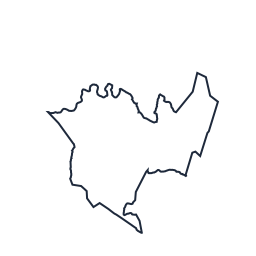 the district of San Juan Quiahije, Oaxaca, Mexico, rotated 303°
{"feature_id": "50627088B53386333601556", "entity_name": "San Juan Quiahije", "entity_type": "district", "adm_level": 2, "iso_a3": "MEX", "parent_name": "Mexico", "parent_adm1": "Oaxaca", "projection": "mercator", "projection_center": [-97.349, 16.355], "detail": "fine", "context": "isolated", "style": "outline", "palette": "slate", "viewbox_px": 256, "rotation_deg": 303, "n_neighbors": 0, "source": "geoboundaries", "source_scale": "gbopen_adm2", "svg_char_len": 5866}
<svg xmlns="http://www.w3.org/2000/svg" viewBox="0 0 256 256"><g transform="rotate(303 128 128)"><path d="M155.5,100.3L155.2,100.9L154.7,101.2L153.4,101.5L151.8,102.0L150.0,101.9L149.1,101.8L147.7,101.6L147.3,101.4L146.6,100.5L146.5,99.4L146.8,98.1L147.1,96.8L149.2,95.2L149.3,94.8L149.6,94.7L150.4,93.1L150.9,92.7L152.7,92.9L154.6,91.9L155.2,91.5L154.9,88.3L154.1,87.4L153.2,87.4L152.3,87.7L151.1,87.3L149.6,87.3L148.2,87.5L147.2,88.6L147.4,89.5L147.3,90.0L146.9,90.7L144.4,92.8L144.1,92.9L143.7,92.9L143.3,92.3L140.9,91.4L140.2,90.6L140.1,89.8L140.1,88.9L140.0,88.4L140.0,88.1L139.6,87.1L139.6,85.8L139.5,85.4L139.8,84.1L140.3,83.8L141.0,82.7L142.0,82.0L143.9,81.5L144.6,81.2L145.6,80.8L146.2,80.2L146.6,79.4L146.8,77.6L146.3,77.1L146.1,76.0L145.9,75.7L145.0,74.6L144.1,74.3L142.5,73.7L139.7,74.8L139.7,75.0L139.2,75.5L138.8,75.7L138.1,75.7L137.6,75.3L137.1,74.6L136.6,71.6L136.7,71.3L136.3,70.2L136.1,69.6L135.6,69.2L133.8,69.4L131.6,71.1L128.9,71.5L128.2,71.8L127.5,72.7L126.9,73.6L126.4,74.1L125.9,74.4L125.4,74.5L123.9,74.0L121.7,72.3L120.4,71.9L119.8,72.1L119.0,72.3L118.0,72.9L117.2,73.1L115.8,73.3L113.8,73.2L113.1,73.0L111.4,71.2L110.3,69.1L110.3,67.4L109.9,65.2L109.2,63.8L108.7,63.4L107.6,63.1L105.7,63.1L104.8,63.0L104.4,62.9L103.6,62.1L103.2,61.4L102.3,60.6L101.8,58.6L99.9,57.2L98.1,54.6L98.0,54.1L98.1,53.5L98.1,52.7L97.8,52.2L94.3,66.9L85.1,90.7L85.1,91.0L85.0,91.4L84.3,92.1L83.7,92.8L82.8,93.6L81.8,93.4L81.0,93.3L80.3,93.4L79.5,93.5L78.5,93.4L78.3,93.9L78.2,94.2L77.6,94.6L76.4,94.8L76.0,95.0L75.6,95.3L74.9,95.6L74.3,95.9L73.7,96.1L72.5,96.4L72.0,97.1L71.7,97.0L71.0,97.1L70.4,97.4L70.0,97.5L69.7,97.7L69.4,98.0L69.0,98.0L68.5,98.0L68.1,98.4L63.9,101.4L63.1,101.5L62.8,101.6L62.5,102.0L62.1,102.1L62.0,102.4L61.6,102.8L61.2,103.4L60.8,103.7L60.2,104.1L59.7,104.4L59.1,105.1L58.4,105.5L57.7,106.1L57.2,106.2L56.1,106.6L55.6,106.9L54.0,107.1L50.2,112.3L53.8,120.3L52.6,127.7L46.7,132.0L42.9,142.1L49.6,145.1L49.4,155.8L49.0,160.4L48.8,163.2L49.0,165.3L48.9,172.3L48.4,188.0L48.4,189.3L47.4,190.6L47.1,192.4L47.2,193.0L47.2,194.0L47.4,196.3L47.7,196.6L56.4,188.3L59.7,182.1L59.8,181.8L59.4,181.5L58.8,180.7L58.6,180.2L58.2,179.5L57.9,178.9L57.8,178.5L58.0,178.0L58.3,177.6L58.3,176.9L58.0,176.3L57.5,175.8L57.2,175.6L56.3,174.9L55.8,174.2L55.6,174.0L54.7,173.5L53.9,173.1L53.1,172.6L53.0,172.2L53.0,171.6L53.6,171.1L54.5,170.6L54.9,170.4L55.2,170.4L56.0,169.9L56.5,169.6L57.1,169.4L57.7,169.2L58.1,168.8L58.3,168.6L58.7,168.5L59.4,168.6L59.8,168.6L60.7,168.5L61.0,168.3L61.4,168.3L61.7,168.2L62.4,168.1L62.9,168.1L63.6,168.2L64.1,168.3L64.4,168.5L64.6,168.8L64.8,169.3L65.0,169.5L65.7,171.5L66.1,172.4L66.6,172.8L67.2,173.1L68.1,172.7L71.4,173.3L78.6,169.4L101.1,167.1L103.3,167.4L102.7,167.7L102.6,167.9L102.4,168.2L102.3,168.5L102.1,168.8L101.8,169.1L101.6,169.3L101.4,169.7L101.4,169.9L101.6,170.3L101.8,170.6L102.1,170.8L102.2,171.0L102.4,171.5L102.7,172.0L103.4,172.6L103.8,173.0L104.4,173.3L104.6,173.7L104.8,174.1L105.3,174.4L105.7,174.6L106.0,174.9L106.7,175.2L107.6,175.4L108.3,175.7L109.0,175.9L109.2,176.1L109.5,176.7L109.5,177.4L109.4,178.0L109.3,178.6L109.2,179.0L109.5,179.7L110.1,180.4L110.3,180.8L110.8,181.5L111.5,182.2L112.0,182.8L112.5,183.1L113.1,183.5L113.7,184.0L114.4,184.5L115.2,185.2L115.8,185.8L116.2,186.7L116.6,187.3L117.1,188.0L117.4,188.7L117.7,189.4L118.0,190.1L118.1,190.8L118.1,191.4L117.9,192.0L117.7,192.4L118.0,192.9L118.5,193.7L118.8,194.3L119.0,195.0L119.1,195.6L118.9,195.9L118.7,196.2L118.5,196.7L118.4,197.0L118.6,197.4L118.6,197.8L118.7,198.1L118.9,198.4L119.1,198.7L118.8,199.0L119.3,200.9L119.2,201.5L119.3,202.3L119.2,203.4L119.5,202.9L119.9,202.4L120.3,201.8L142.3,195.4L144.9,197.4L143.8,203.8L167.1,197.3L169.2,197.6L199.0,189.1L199.8,179.3L213.1,165.6L211.9,156.1L193.7,162.5L167.4,159.7L167.2,159.1L167.2,158.7L167.1,158.0L167.1,157.3L167.5,156.5L167.8,156.1L168.4,155.3L168.8,154.5L168.9,153.9L169.0,153.4L169.4,152.9L170.1,152.3L170.5,151.9L170.8,151.6L171.2,151.2L171.6,150.6L171.9,149.9L172.2,149.1L172.2,148.7L172.0,148.2L171.9,147.7L171.7,147.3L171.3,146.9L171.1,146.4L170.6,145.9L170.5,145.1L170.4,144.6L170.5,144.0L170.5,143.3L171.2,143.2L171.8,143.1L172.2,142.7L172.8,142.4L173.4,142.0L173.7,141.5L173.9,140.8L173.7,139.9L173.7,138.7L173.6,137.6L173.6,137.2L173.7,136.7L173.4,136.5L173.1,136.5L172.5,136.4L172.0,136.4L171.5,136.6L170.8,137.1L169.9,137.4L169.3,137.2L168.4,137.4L168.0,137.4L167.3,137.9L166.4,138.3L165.6,138.4L165.2,138.7L164.9,139.1L164.3,139.2L164.0,139.4L163.4,139.4L163.0,139.7L162.3,140.2L161.9,140.6L161.4,140.5L160.5,140.8L159.9,141.0L159.5,140.9L158.9,141.2L158.1,141.5L157.7,141.7L157.1,141.7L156.3,141.6L155.8,141.5L155.6,141.5L155.4,141.7L155.0,142.0L155.0,142.5L155.3,143.5L155.4,144.0L155.1,144.7L154.5,145.0L154.2,145.3L153.9,145.7L153.4,146.0L152.8,146.5L152.4,146.8L152.0,147.3L151.6,147.5L151.0,147.8L150.5,147.8L149.9,148.2L149.3,148.4L148.8,148.7L148.7,148.6L147.9,147.7L147.0,147.1L146.7,146.5L146.6,146.0L146.5,145.1L146.3,143.9L146.3,143.3L146.2,143.0L146.1,141.6L146.2,140.8L146.0,139.5L146.1,138.8L146.0,138.0L145.7,137.5L145.5,136.7L145.3,136.2L145.3,135.5L145.8,134.5L146.3,133.5L146.7,132.7L147.1,131.8L147.4,130.6L147.6,129.8L147.5,129.1L146.8,128.3L147.3,128.1L148.2,127.8L148.8,126.9L149.3,126.3L149.4,125.9L149.9,125.3L150.4,124.9L150.8,124.4L151.0,123.4L151.5,123.1L152.1,122.6L152.6,122.3L153.3,122.1L152.8,121.4L152.5,121.0L152.6,120.4L152.7,119.9L152.5,119.2L152.9,118.6L153.1,118.1L153.5,117.3L154.0,116.5L154.2,115.7L155.3,115.7L155.9,115.2L156.2,114.6L156.4,114.1L156.8,113.5L157.1,112.8L157.4,111.8L157.5,111.2L157.4,110.6L157.2,109.8L157.3,109.2L157.2,108.7L157.2,108.3L157.2,107.9L157.0,107.5L156.9,106.9L157.1,106.4L157.0,106.0L157.1,105.5L157.1,105.1L157.0,104.5L157.0,103.8L157.0,103.3L156.9,102.9L157.0,102.4L157.0,101.6L156.9,100.7L156.6,100.3L156.2,100.0L155.5,100.3Z" fill="none" stroke="#1e293b" stroke-width="2"/></g></svg>